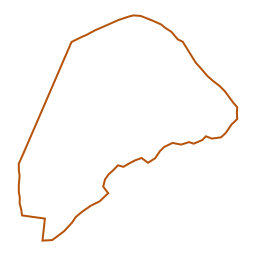 São Manoel do Paraná, Paraná, Brazil
{"feature_id": "56859067B62132612460013", "entity_name": "São Manoel do Paraná", "entity_type": "district", "adm_level": 2, "iso_a3": "BRA", "parent_name": "Brazil", "parent_adm1": "Paraná", "projection": "orthographic", "projection_center": [-52.603, -23.378], "detail": "fine", "context": "isolated", "style": "outline", "palette": "amber", "viewbox_px": 256, "rotation_deg": 0, "n_neighbors": 0, "source": "geoboundaries", "source_scale": "gbopen_adm2", "svg_char_len": 922}
<svg xmlns="http://www.w3.org/2000/svg" viewBox="0 0 256 256"><path d="M108.2,193.2L103.2,186.6L105.0,179.5L108.5,174.5L113.1,170.3L118.0,165.3L123.4,166.8L129.8,163.1L135.5,160.2L141.6,158.0L148.0,162.8L155.2,158.2L159.9,151.2L164.1,147.0L172.6,142.9L181.0,144.6L189.1,142.1L193.7,143.7L202.4,140.0L205.9,136.3L211.9,138.6L221.1,137.3L225.8,132.9L231.5,124.5L237.2,119.1L236.9,112.8L237.2,107.2L233.5,103.0L229.3,97.3L224.8,91.2L219.3,85.7L213.7,81.5L207.4,76.0L200.5,67.9L195.8,62.8L182.7,41.7L177.8,39.4L171.5,31.9L165.0,27.7L161.0,24.4L151.5,20.2L140.6,15.9L133.3,15.4L128.4,16.7L118.5,20.0L94.7,30.5L86.5,34.9L81.4,37.1L71.5,42.0L38.0,119.7L23.3,153.6L18.8,163.7L18.8,170.0L19.6,175.8L18.8,185.0L18.8,192.1L19.8,197.6L19.6,203.0L21.3,210.0L22.0,215.4L44.9,218.6L42.5,240.6L52.2,240.1L64.1,231.2L72.3,222.3L75.7,217.1L81.5,212.2L90.5,205.9L99.7,201.3L108.2,193.2Z" fill="none" stroke="#b45309" stroke-width="2"/></svg>